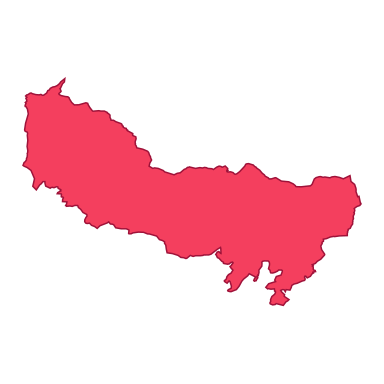 outline of Fildu De Jos, Salaj, Romania
{"feature_id": "2599482B97947706093461", "entity_name": "Fildu De Jos", "entity_type": "district", "adm_level": 2, "iso_a3": "ROU", "parent_name": "Romania", "parent_adm1": "Salaj", "projection": "robinson", "projection_center": [22.992, 46.932], "detail": "fine", "context": "isolated", "style": "filled", "palette": "rose", "viewbox_px": 384, "rotation_deg": 0, "n_neighbors": 0, "source": "geoboundaries", "source_scale": "gbopen_adm2", "svg_char_len": 5961}
<svg xmlns="http://www.w3.org/2000/svg" viewBox="0 0 384 384"><path d="M324.7,254.3L321.6,249.6L320.8,246.0L322.2,243.5L322.0,242.7L322.3,242.0L323.4,241.4L323.5,240.3L323.3,239.2L326.5,238.6L330.3,237.0L333.7,236.4L334.6,236.6L339.4,235.9L347.3,235.6L347.3,233.3L347.7,232.0L347.5,231.6L348.2,230.2L348.1,229.4L350.3,228.2L351.2,226.1L352.7,223.9L352.5,222.5L352.9,221.8L352.7,221.2L352.9,219.9L353.5,218.7L353.2,217.9L353.4,217.2L353.2,216.2L354.4,213.7L353.9,212.5L354.3,212.2L354.8,210.2L354.2,208.5L356.9,206.5L359.8,205.5L360.7,204.3L360.5,204.1L361.0,203.8L360.2,202.1L359.0,196.3L357.7,196.7L356.5,193.1L356.0,191.6L356.1,189.7L355.9,188.2L354.6,184.4L351.0,181.5L350.0,175.6L343.3,178.8L339.4,177.4L335.0,176.5L331.9,176.9L329.9,177.8L324.9,177.0L323.0,177.3L320.7,176.6L319.2,176.7L316.1,177.6L314.3,179.0L312.1,184.3L310.5,185.8L301.1,186.8L296.9,186.7L295.8,186.5L295.3,185.6L293.1,183.8L288.8,181.8L281.4,181.1L276.0,177.8L275.2,177.7L271.3,178.9L269.1,178.9L268.4,177.9L265.2,176.2L264.4,174.9L262.2,173.2L259.7,170.2L256.6,168.0L256.1,167.2L254.7,166.5L253.3,165.0L248.6,163.6L246.8,163.8L245.7,164.3L244.8,166.1L239.7,171.6L236.8,173.8L235.2,174.3L234.5,174.0L233.1,172.6L230.6,171.8L227.9,172.0L227.0,171.7L226.8,171.0L227.8,170.5L227.1,170.0L227.8,169.1L227.7,168.5L225.2,166.0L222.2,167.2L220.8,166.4L219.1,166.1L216.8,167.1L213.4,169.5L211.9,168.7L207.8,168.4L206.5,167.7L204.5,167.4L202.5,168.0L199.9,167.6L195.5,168.4L189.3,166.9L188.8,167.3L187.4,167.4L185.9,168.8L184.3,169.3L180.2,172.8L177.2,173.3L174.1,174.8L164.7,171.9L163.2,170.5L158.2,168.4L154.5,167.9L152.8,168.4L149.1,166.2L149.8,163.1L151.6,160.0L150.7,158.1L150.4,156.4L149.6,155.3L148.7,152.6L148.0,151.7L147.5,151.2L142.8,149.2L136.7,147.8L136.3,146.1L135.3,144.7L135.5,143.8L135.2,143.2L135.2,141.6L136.1,138.8L135.8,136.8L132.9,135.6L132.5,135.0L132.9,133.9L132.7,133.5L127.4,130.7L127.2,130.5L127.5,130.1L126.5,129.4L126.3,128.4L124.5,128.0L123.2,127.1L123.2,126.2L122.3,125.8L121.9,124.3L121.1,123.6L115.8,121.7L113.6,120.3L111.0,120.2L110.6,118.5L110.0,117.5L110.0,115.1L108.4,113.5L107.4,113.1L107.2,112.4L104.4,111.1L101.0,111.1L98.8,110.7L93.0,111.2L92.4,110.9L89.8,107.5L88.2,104.8L87.7,103.3L85.9,102.8L78.8,104.8L74.3,104.9L71.6,102.4L69.3,98.6L69.2,97.9L67.9,96.8L65.1,96.5L60.9,95.5L59.1,94.4L58.9,93.5L60.6,92.0L61.1,91.2L60.0,88.6L60.5,88.2L62.5,83.8L64.4,81.9L64.8,78.6L60.6,82.0L59.6,83.5L57.3,85.5L55.0,86.6L52.8,87.0L50.3,88.3L49.2,90.0L47.8,90.6L46.6,93.1L43.6,95.2L42.4,95.3L40.9,94.4L39.2,94.9L35.8,94.6L32.1,93.6L31.5,93.1L30.2,93.1L27.6,94.8L26.7,94.9L25.6,96.0L26.9,97.2L26.2,97.8L26.3,98.1L25.9,98.6L26.8,99.9L26.6,100.8L26.8,101.2L25.3,102.5L26.0,103.3L25.1,105.4L25.2,106.4L25.8,106.4L27.4,109.0L28.3,113.9L25.6,123.2L24.6,130.0L25.2,131.3L27.2,132.1L27.6,133.2L27.3,135.4L27.8,140.5L27.1,146.5L27.8,150.6L27.6,152.8L27.2,153.4L27.4,154.6L27.1,157.2L26.5,158.3L26.4,160.0L25.2,161.7L24.1,162.5L23.0,165.4L24.1,166.2L27.1,167.5L31.0,170.4L34.5,178.7L32.8,186.3L36.3,189.9L39.7,184.9L41.3,183.7L42.9,181.6L44.5,181.6L44.9,181.6L45.0,183.4L45.7,186.1L50.2,188.2L50.7,187.7L52.3,187.3L54.0,187.7L56.5,186.7L57.8,186.9L58.2,188.4L60.7,189.6L60.1,190.8L60.6,191.0L57.7,192.6L57.2,193.7L61.2,193.9L61.5,194.5L61.2,196.2L61.4,196.9L62.9,197.1L63.4,197.8L62.7,199.2L62.5,201.6L66.9,201.9L66.6,203.8L65.8,205.3L66.4,205.3L66.4,206.3L70.0,206.0L72.2,206.4L74.9,205.4L77.7,205.5L78.4,207.5L80.7,209.3L83.0,212.5L86.8,214.5L87.0,216.1L85.9,217.5L84.8,219.8L84.7,221.7L85.7,223.1L87.1,223.5L89.6,223.2L91.5,225.3L94.6,226.5L97.2,228.4L100.0,225.7L107.3,222.9L108.7,221.9L110.4,224.0L112.5,224.2L113.7,224.8L115.7,227.8L121.3,228.8L126.3,228.8L128.6,229.8L129.0,230.2L128.6,233.4L128.9,233.8L131.1,233.8L132.9,232.9L138.4,232.1L143.6,232.3L147.5,233.9L149.5,234.0L156.7,236.1L159.4,239.6L162.4,240.5L164.6,241.8L164.5,243.2L165.8,245.2L166.3,249.1L167.1,252.8L172.5,253.6L178.1,255.4L180.8,257.4L183.8,257.7L185.8,258.5L186.8,258.3L190.3,255.4L193.1,256.4L195.6,255.7L200.6,255.7L203.1,255.4L203.5,255.0L208.8,254.9L211.0,254.2L217.3,249.3L220.5,247.4L220.8,248.8L221.0,253.5L220.6,253.4L218.8,251.5L217.0,252.2L216.8,252.9L215.7,254.5L216.4,255.3L217.4,257.6L219.0,258.3L221.7,261.2L223.4,262.2L223.4,263.2L223.8,263.5L227.7,264.2L229.5,263.8L230.7,262.5L232.5,262.1L233.0,262.6L232.9,263.3L231.8,264.4L231.6,265.2L230.0,266.6L231.6,268.9L232.5,269.4L232.9,270.2L231.0,273.2L228.5,274.6L226.9,276.7L226.3,278.9L225.6,279.8L224.4,280.5L224.4,281.3L224.9,281.8L227.1,283.2L229.1,280.9L230.0,281.5L231.4,286.1L231.2,287.9L231.1,288.3L228.3,289.7L227.7,290.6L228.0,291.1L229.4,291.5L231.0,291.7L236.4,289.6L239.1,286.2L241.8,281.2L243.7,279.0L247.7,275.8L249.2,273.7L255.7,277.1L254.5,278.6L253.7,280.5L254.4,281.2L256.3,280.6L256.4,279.9L257.8,277.8L257.7,277.2L257.1,276.9L257.2,276.1L258.3,275.6L258.0,274.8L258.5,274.5L259.0,272.4L258.9,270.1L261.8,266.2L262.0,263.7L261.8,262.5L262.2,261.7L262.6,261.3L264.2,260.9L268.2,261.0L268.9,261.5L269.5,263.1L269.5,265.0L268.5,268.8L270.0,270.3L270.4,272.2L270.8,272.9L272.8,273.0L274.9,272.4L277.6,271.1L278.6,270.0L281.7,270.1L282.3,270.6L282.2,271.9L281.0,275.1L276.3,276.5L274.7,280.1L275.6,281.6L268.7,283.7L265.8,287.3L267.6,288.9L268.0,288.6L270.9,289.2L274.4,288.9L274.6,291.1L275.4,291.3L275.5,292.4L274.7,294.2L271.9,296.5L270.6,299.5L270.7,301.4L270.0,302.6L270.0,303.5L270.3,303.9L272.7,304.9L275.2,304.5L276.2,303.6L283.3,305.4L285.9,301.9L287.7,300.9L289.0,299.6L284.3,296.4L284.2,296.0L284.6,294.7L281.8,292.1L280.7,290.4L282.5,289.6L284.1,289.7L285.3,291.7L286.1,289.6L290.0,290.1L291.3,287.4L291.8,285.4L294.1,284.0L297.1,283.3L302.3,281.0L304.6,280.4L305.2,279.1L304.5,277.1L305.0,276.1L305.8,276.2L307.2,277.9L310.4,276.3L312.0,273.9L313.4,273.0L312.8,272.5L312.9,272.1L315.5,271.6L315.1,271.0L315.2,270.5L313.7,270.0L313.3,269.5L313.2,266.7L312.4,266.1L313.2,265.4L312.3,264.7L315.4,263.4L317.3,261.3L320.8,259.2L324.5,255.1L324.7,254.3Z" fill="#f43f5e" stroke="#9f1239" stroke-width="1.5"/></svg>